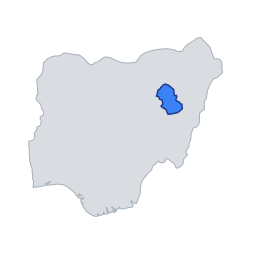 where Gombe sits in Nigeria, rotated 352°
{"feature_id": "NGA-2859", "entity_name": "Gombe", "entity_type": "State", "adm_level": 1, "iso_a3": "NGA", "parent_name": "Nigeria", "parent_adm1": "", "projection": "orthographic", "projection_center": [11.213, 10.454], "detail": "fine", "context": "in_parent", "style": "filled", "palette": "blue", "viewbox_px": 256, "rotation_deg": 352, "n_neighbors": 0, "source": "natural_earth", "source_scale": "10m", "svg_char_len": 4348}
<svg xmlns="http://www.w3.org/2000/svg" viewBox="0 0 256 256"><g transform="rotate(352 128 128)"><path d="M212.5,48.4L220.3,59.2L222.0,67.2L222.7,71.2L224.0,71.7L226.4,71.9L228.2,72.6L229.2,74.0L229.9,75.2L230.0,75.9L229.6,80.8L229.0,82.5L229.4,84.9L229.3,85.9L229.0,86.6L228.0,87.4L226.5,88.2L223.0,90.6L222.0,90.9L220.5,91.0L219.3,91.6L217.8,92.8L214.5,97.5L211.8,102.2L209.7,109.7L207.3,112.1L206.9,114.2L206.5,118.9L206.1,120.3L205.7,120.7L203.1,121.6L201.5,122.7L200.6,124.8L199.5,132.1L199.1,133.3L198.2,134.5L196.8,135.9L195.6,136.6L192.6,137.1L189.7,142.6L189.6,143.5L188.4,148.5L186.1,152.2L186.0,154.6L183.1,157.9L181.7,160.1L183.2,162.4L183.3,162.8L178.5,166.8L178.2,167.4L178.0,170.1L177.6,170.8L176.7,171.8L175.4,172.9L174.1,173.8L172.6,174.4L171.1,174.6L170.3,174.2L169.8,173.4L169.0,170.1L168.6,169.4L167.7,168.7L164.0,165.0L161.7,163.7L161.2,163.8L160.8,164.2L160.2,166.0L159.6,166.7L158.4,167.0L156.3,167.0L154.8,166.7L154.4,166.3L153.7,164.9L149.1,168.2L147.4,168.9L145.4,172.9L142.4,174.8L140.4,176.5L135.0,181.9L133.9,183.5L132.8,185.8L130.5,195.9L126.7,202.2L126.2,203.5L126.0,203.4L125.5,204.0L124.0,203.6L123.4,202.5L122.5,202.3L121.0,200.5L120.6,200.8L122.3,205.2L121.6,206.9L117.1,206.9L113.1,207.4L110.4,207.3L109.1,206.7L108.5,205.0L108.3,205.2L108.1,206.1L107.3,206.8L104.2,206.8L102.9,205.7L101.8,204.5L100.7,203.9L100.8,204.4L102.2,205.6L102.0,207.4L99.5,209.4L98.0,209.5L97.0,208.6L96.5,207.2L96.3,205.1L95.7,203.7L95.3,203.7L95.7,206.0L95.7,208.1L96.9,209.8L95.1,210.2L93.0,210.3L92.7,209.7L92.4,208.3L92.1,207.9L91.6,210.2L87.2,210.8L86.6,210.7L86.5,210.3L86.8,209.6L86.7,208.6L85.8,209.4L85.6,211.0L85.0,211.2L83.4,211.0L81.5,210.1L78.6,208.0L75.0,204.7L74.4,203.2L73.4,201.3L71.5,196.3L71.9,196.1L72.7,196.4L73.1,195.9L71.6,195.5L71.3,195.2L71.2,194.0L71.3,192.7L73.6,192.0L74.1,191.2L74.5,190.4L71.6,191.6L69.0,190.1L68.4,189.2L68.7,188.6L71.8,188.6L72.9,188.0L72.2,187.7L71.1,187.7L70.6,187.3L70.7,186.3L70.3,186.5L69.8,187.4L68.0,188.0L67.0,187.3L66.9,185.9L66.7,185.2L65.8,184.6L62.7,180.6L58.9,177.2L55.4,174.9L50.2,173.7L39.3,173.5L38.7,173.1L39.4,172.6L40.3,172.3L43.9,170.5L43.3,170.3L39.6,171.3L38.4,171.4L36.7,173.6L26.0,173.8L26.0,172.8L26.5,169.9L27.2,167.9L26.5,165.4L26.4,163.2L26.8,162.6L27.0,161.7L27.0,156.1L27.6,155.2L27.6,154.7L26.6,152.2L26.6,150.4L26.4,148.6L26.1,147.7L26.7,140.8L26.6,139.1L26.9,137.9L27.2,134.9L27.2,132.0L28.0,127.4L32.6,126.9L33.8,125.1L34.5,122.8L34.3,120.6L35.8,118.6L37.7,116.9L37.7,115.0L38.2,114.4L39.0,114.0L40.3,113.8L41.6,112.8L42.4,111.2L43.2,108.5L42.1,106.6L42.1,106.2L42.6,105.2L43.4,104.2L43.9,103.9L45.3,104.2L45.7,103.8L46.6,100.8L46.6,100.0L45.4,98.0L44.8,92.6L44.5,91.9L43.6,90.8L41.1,87.0L41.2,85.2L42.3,82.9L43.1,81.8L44.0,81.2L44.3,80.7L44.0,80.0L43.5,79.5L43.4,78.5L43.9,77.1L43.9,75.5L44.3,67.4L46.4,65.8L49.5,63.3L51.1,60.5L52.0,58.4L53.2,51.5L54.8,50.8L57.9,48.3L62.0,46.9L64.6,46.5L69.3,46.9L71.7,46.7L73.7,45.3L74.6,45.0L75.9,44.8L87.4,48.6L88.5,48.4L89.4,48.7L90.8,49.7L94.2,53.1L97.7,58.4L98.8,59.5L99.9,60.1L101.0,60.4L101.9,60.3L102.8,59.8L103.9,58.8L105.6,58.4L107.0,58.5L114.3,54.6L115.1,54.5L119.5,55.5L125.5,59.5L130.5,62.2L134.0,63.1L138.1,63.8L145.1,64.0L150.4,58.4L152.4,57.2L154.8,56.1L159.7,55.0L167.9,54.3L175.5,54.6L180.3,55.6L185.3,57.4L187.4,59.2L190.8,59.5L193.3,59.1L194.1,57.3L196.5,55.0L200.1,52.9L203.1,51.4L205.6,50.7L207.7,49.0L209.5,48.5L212.5,48.4ZM104.5,209.1L102.8,209.6L101.7,209.4L103.2,207.2L104.0,207.7L105.0,207.9L104.5,209.1Z" fill="#d9dde1" stroke="#a8b0b8" stroke-width="1"/><path d="M169.7,120.0L169.8,119.6L169.4,119.1L168.9,118.1L168.6,117.0L168.5,115.9L168.0,114.8L164.5,112.1L163.8,111.1L163.9,110.6L165.8,109.6L165.9,109.1L165.8,108.5L165.8,106.1L165.5,105.1L164.4,104.4L163.2,103.8L163.0,102.4L162.5,101.2L160.6,100.5L160.7,100.0L161.6,98.7L161.8,98.1L162.4,96.0L163.0,94.7L163.5,94.3L164.8,93.9L165.3,93.5L166.1,92.4L167.7,91.4L168.1,91.0L168.4,90.6L168.8,90.3L171.1,89.7L173.5,90.9L174.5,91.7L175.5,92.7L176.3,93.8L178.1,95.7L178.5,96.1L178.6,96.7L178.4,100.7L178.5,101.9L178.6,102.4L179.8,102.6L180.5,102.5L180.7,104.0L179.4,106.1L179.4,106.8L179.7,107.6L180.3,108.2L180.9,108.7L181.7,109.0L182.3,109.4L183.4,111.3L184.7,112.0L184.5,113.5L184.6,115.8L184.3,116.5L183.7,117.1L180.5,119.0L179.1,119.6L177.5,119.9L171.5,120.1L169.7,120.0Z" fill="#3b82f6" stroke="#1e3a8a" stroke-width="1.5"/></g></svg>